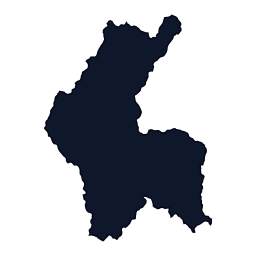 Serro, Minas Gerais, Brazil (Natural Earth projection)
{"feature_id": "56859067B85818855458350", "entity_name": "Serro", "entity_type": "district", "adm_level": 2, "iso_a3": "BRA", "parent_name": "Brazil", "parent_adm1": "Minas Gerais", "projection": "natural_earth1", "projection_center": [-43.38, -18.518], "detail": "fine", "context": "isolated", "style": "filled", "palette": "ink", "viewbox_px": 256, "rotation_deg": 0, "n_neighbors": 0, "source": "geoboundaries", "source_scale": "gbopen_adm2", "svg_char_len": 5809}
<svg xmlns="http://www.w3.org/2000/svg" viewBox="0 0 256 256"><path d="M194.5,232.2L194.4,230.5L193.7,228.9L195.0,227.0L196.2,225.9L197.1,224.9L198.2,224.7L199.5,224.1L201.6,222.8L203.0,221.7L204.5,220.8L206.0,220.8L207.8,221.3L209.1,221.9L209.5,223.5L210.4,224.6L211.1,223.5L211.3,219.2L209.8,218.6L208.9,217.6L208.1,216.5L206.0,216.4L204.2,215.6L203.5,213.7L202.0,211.7L201.6,209.5L202.0,207.6L202.3,206.2L202.2,204.8L201.2,204.1L201.3,202.6L201.3,200.7L200.5,198.9L201.1,197.1L200.5,196.0L200.0,194.8L200.4,193.4L201.4,192.0L201.5,189.9L202.4,188.3L202.3,186.3L201.2,185.4L201.4,183.6L202.4,181.9L202.7,179.9L203.3,178.3L203.9,176.4L203.0,175.3L201.7,175.0L200.7,173.6L200.3,170.1L200.6,168.2L200.2,166.9L200.5,164.6L202.7,164.7L203.2,162.4L204.1,160.6L204.1,159.0L204.3,156.9L204.8,155.0L205.4,153.3L206.2,151.9L206.1,150.0L205.6,148.1L204.4,147.5L204.4,145.4L203.2,144.6L202.1,143.3L200.3,142.4L199.1,142.1L197.9,141.6L196.4,141.6L195.0,141.8L193.7,140.6L192.7,139.0L191.5,138.5L189.8,137.8L188.5,136.4L188.2,134.9L187.3,133.4L185.9,132.7L184.9,132.1L181.8,131.3L180.2,130.5L178.7,130.2L176.1,129.7L175.0,128.8L173.7,128.9L172.4,129.4L171.0,130.2L169.2,130.5L167.6,130.4L166.5,131.2L165.6,132.3L164.1,132.9L162.5,132.9L160.9,132.5L159.5,131.2L158.1,130.7L154.8,131.0L153.2,130.7L152.1,130.0L150.5,129.9L149.1,130.5L148.3,132.7L147.4,134.3L145.6,134.6L142.7,134.8L141.6,133.5L140.3,133.4L139.1,132.4L137.9,130.5L138.0,128.7L138.1,127.3L137.2,125.8L136.9,124.2L136.8,122.6L136.2,121.0L136.0,119.6L137.1,118.4L138.7,117.5L139.9,116.0L140.7,114.0L141.2,112.1L140.7,110.4L139.3,107.4L138.4,105.6L137.3,104.2L136.3,103.1L135.3,101.8L134.7,99.7L134.5,97.8L134.0,96.2L134.6,94.8L135.9,94.3L136.9,93.5L137.8,92.6L139.2,91.4L140.1,90.4L140.4,88.9L141.0,87.1L143.0,86.2L144.4,85.2L145.3,84.0L145.3,82.0L146.5,80.2L146.9,78.8L147.8,77.2L147.8,75.5L147.7,73.9L148.0,72.0L149.3,71.2L150.6,70.8L152.3,70.9L152.9,68.8L153.4,66.6L152.6,64.5L153.3,62.9L154.1,61.8L155.2,61.0L156.7,60.3L158.0,58.8L159.0,57.7L160.4,56.7L162.1,56.3L163.2,55.9L164.3,54.8L165.3,53.3L166.2,51.6L166.8,49.7L166.9,47.8L167.3,46.1L168.3,44.1L169.4,42.6L170.3,41.5L172.1,39.1L173.0,37.3L173.2,35.4L174.8,35.0L175.7,34.0L176.7,33.4L178.0,33.9L179.5,32.1L180.9,30.3L180.6,28.0L179.0,27.1L180.1,25.9L180.7,24.1L180.2,22.8L178.0,20.2L177.3,18.8L176.4,17.5L175.4,16.9L173.7,16.2L171.8,15.4L170.4,16.6L168.4,17.4L164.7,17.8L164.3,19.3L163.4,22.4L162.8,23.9L161.5,25.6L160.3,27.0L159.6,28.3L159.1,30.6L159.0,33.1L157.5,34.2L156.6,35.4L157.3,36.4L156.4,37.5L154.7,37.8L153.0,37.6L151.8,38.7L150.7,38.8L149.5,38.2L148.6,36.7L148.1,35.0L147.9,33.1L145.2,32.9L143.7,32.2L142.1,31.7L139.9,30.7L138.7,28.8L137.4,28.0L136.1,26.8L133.8,26.2L132.2,26.9L130.7,26.9L128.5,24.6L127.4,24.3L126.4,22.7L125.2,25.1L123.2,25.3L121.2,24.9L120.0,26.1L118.7,27.1L117.3,26.8L115.6,26.3L114.5,25.2L113.4,24.3L112.7,22.9L111.8,21.6L110.5,20.9L109.1,21.2L108.1,22.6L107.2,23.7L108.4,25.1L107.7,26.8L106.3,27.6L105.1,28.5L103.6,30.0L103.4,32.3L104.2,34.4L104.1,36.2L104.6,37.8L104.8,39.7L103.1,43.3L102.1,44.7L101.1,46.0L100.4,47.5L99.6,48.5L98.2,51.4L97.7,53.1L97.3,54.8L96.6,56.1L95.4,57.1L94.3,57.3L92.5,57.1L90.8,57.3L90.0,58.8L87.3,60.2L86.4,61.3L87.7,62.7L88.5,64.0L88.7,65.8L88.3,68.0L87.4,69.2L85.9,70.1L84.2,71.4L82.6,72.4L82.6,74.2L81.7,75.5L81.4,77.2L81.1,78.8L80.1,80.7L78.3,81.2L76.8,82.0L75.5,83.3L76.2,84.8L75.7,86.4L75.3,88.8L73.5,89.2L72.4,89.9L72.3,91.7L71.8,93.2L68.6,94.5L66.8,94.3L65.3,93.7L64.0,92.3L62.6,92.0L59.6,91.5L59.0,93.0L58.0,93.8L57.6,95.1L56.5,96.1L55.6,97.2L55.2,98.8L55.1,100.5L54.5,101.9L54.0,103.5L54.3,106.3L52.9,107.6L51.7,109.6L50.8,110.8L51.0,112.3L49.8,116.2L48.7,117.6L48.2,119.5L46.4,121.3L45.9,123.2L46.3,124.7L46.3,126.1L45.5,127.0L44.7,128.1L45.6,129.5L46.8,130.6L48.0,132.3L48.6,134.2L48.7,135.9L50.4,136.4L51.4,137.8L52.4,140.9L53.2,142.4L54.4,143.6L56.0,143.8L57.4,144.5L58.0,146.0L58.4,147.9L58.9,149.4L59.9,151.0L61.0,152.3L62.1,153.6L63.1,154.8L64.0,155.9L66.4,157.8L66.6,160.3L67.1,161.8L68.2,162.7L69.9,161.8L71.5,162.1L72.6,162.7L73.5,164.0L74.4,164.8L76.0,164.8L77.4,165.0L78.6,165.9L79.3,167.1L80.0,168.6L80.3,170.3L80.3,172.0L80.4,173.9L81.3,175.1L82.0,176.7L82.2,178.3L82.7,180.2L83.7,181.4L84.7,182.7L84.8,184.7L84.5,186.0L83.5,188.7L84.4,189.9L86.0,191.3L86.7,193.4L85.2,194.6L83.4,195.1L83.9,197.0L84.3,199.3L85.6,200.0L86.5,201.5L86.0,203.5L85.5,204.8L85.7,206.7L86.3,209.0L87.2,210.7L88.3,211.8L90.5,212.4L92.0,213.3L92.7,214.8L92.3,217.0L92.7,218.4L91.4,219.8L91.0,221.2L91.1,222.7L92.2,224.0L92.1,225.9L91.6,227.8L90.6,228.8L89.4,230.1L89.6,232.0L90.3,233.4L89.5,234.9L91.3,234.8L94.2,235.3L95.7,236.1L97.1,236.5L98.4,237.9L100.0,238.9L101.3,239.7L103.0,240.6L104.1,239.7L104.9,238.6L106.0,237.6L107.2,236.4L108.5,234.8L110.3,234.9L111.5,235.6L112.4,236.7L113.2,237.9L114.4,237.6L116.9,239.2L117.8,237.9L118.9,236.5L120.4,235.7L121.4,234.4L121.7,232.2L121.1,230.0L121.4,228.5L122.4,227.3L123.8,226.6L125.3,227.2L126.8,226.2L128.1,224.8L129.4,223.5L131.4,219.4L132.9,218.7L134.0,218.9L135.2,218.4L135.2,216.5L135.5,214.7L135.8,212.6L136.4,210.8L137.4,210.0L138.8,209.7L139.9,208.1L142.5,207.1L143.5,205.7L144.5,204.5L145.7,202.9L146.0,200.9L145.1,199.5L144.0,198.7L142.7,198.1L143.1,196.6L144.9,196.1L146.3,196.2L149.2,197.7L150.9,198.1L151.8,199.2L152.4,200.8L153.0,202.6L153.4,204.3L153.4,206.0L154.3,206.8L155.9,207.7L157.8,208.6L159.2,208.2L160.3,207.6L161.6,207.2L162.7,207.3L164.0,207.9L165.3,208.3L166.7,208.0L168.5,207.8L169.5,208.3L169.2,210.0L168.9,211.9L169.7,213.4L170.8,214.9L171.1,216.9L172.6,215.9L173.4,214.6L174.5,213.7L176.0,213.5L177.4,214.3L178.1,215.6L179.3,216.4L180.9,217.0L181.5,218.3L183.1,219.4L183.5,221.6L184.0,223.4L185.5,223.0L187.0,224.4L188.4,225.5L189.3,227.0L190.4,227.8L191.5,228.9L192.0,230.5L192.9,232.0L194.5,232.2Z" fill="#0f172a" stroke="#020617" stroke-width="1.5"/></svg>